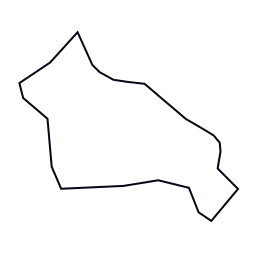 the district of Eunpyeong-gu, Seoul, South Korea, rotated 265°
{"feature_id": "91817680B53616587081026", "entity_name": "Eunpyeong-gu", "entity_type": "district", "adm_level": 2, "iso_a3": "KOR", "parent_name": "South Korea", "parent_adm1": "Seoul", "projection": "natural_earth1", "projection_center": [126.934, 37.609], "detail": "fine", "context": "isolated", "style": "outline", "palette": "ink", "viewbox_px": 256, "rotation_deg": 265, "n_neighbors": 0, "source": "geoboundaries", "source_scale": "gbopen_adm2", "svg_char_len": 505}
<svg xmlns="http://www.w3.org/2000/svg" viewBox="0 0 256 256"><g transform="rotate(265 128 128)"><path d="M28.2,202.9L57.7,232.3L79.8,213.8L84.3,214.9L96.4,218.1L105.3,218.1L113.1,212.7L121.9,200.7L131.9,186.5L148.5,170.1L157.3,161.4L169.0,149.9L170.6,148.3L173.9,131.9L177.3,117.7L186.1,104.6L193.9,98.0L227.0,86.4L227.8,86.1L200.0,56.1L182.2,23.7L167.0,26.2L144.2,48.6L96.1,48.6L73.3,56.1L70.7,118.6L73.3,153.5L63.1,183.5L37.8,191.0L28.2,202.9Z" fill="none" stroke="#020617" stroke-width="2"/></g></svg>